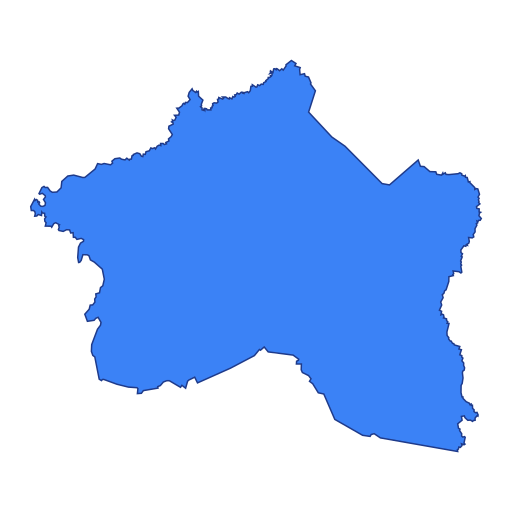 the district of Chiang Yuen, Maha Sarakham, Thailand
{"feature_id": "78962969B29991085586419", "entity_name": "Chiang Yuen", "entity_type": "district", "adm_level": 2, "iso_a3": "THA", "parent_name": "Thailand", "parent_adm1": "Maha Sarakham", "projection": "orthographic", "projection_center": [103.106, 16.417], "detail": "fine", "context": "isolated", "style": "filled", "palette": "blue", "viewbox_px": 512, "rotation_deg": 0, "n_neighbors": 0, "source": "geoboundaries", "source_scale": "gbopen_adm2", "svg_char_len": 5948}
<svg xmlns="http://www.w3.org/2000/svg" viewBox="0 0 512 512"><path d="M459.9,172.8L458.1,173.7L448.9,174.6L446.0,174.4L445.3,172.8L443.1,174.1L442.8,173.0L441.6,175.1L436.7,174.3L435.8,171.8L429.9,171.6L424.1,166.6L420.4,166.3L418.2,160.0L389.5,184.9L382.1,183.6L345.0,146.2L331.8,137.0L308.6,112.1L315.4,90.8L310.5,84.0L311.0,82.9L308.5,77.0L305.2,76.2L304.5,73.7L300.1,74.7L299.6,69.3L300.2,67.6L294.7,65.8L296.0,63.5L291.4,60.5L286.0,64.7L286.0,66.1L283.2,70.1L281.8,68.8L279.6,70.7L277.2,68.8L276.4,68.6L276.1,69.7L274.7,68.7L273.7,68.9L272.9,72.5L270.5,70.9L270.3,71.9L271.1,72.4L270.2,73.3L272.0,72.8L272.0,75.0L271.5,75.9L270.5,75.6L270.8,76.6L269.9,77.3L268.2,77.5L268.4,78.5L265.8,80.6L266.0,81.5L263.7,82.7L263.2,84.4L261.2,84.1L259.7,85.6L257.7,84.8L256.9,86.9L256.0,87.2L252.3,84.7L252.2,86.3L250.9,86.4L250.3,90.7L248.7,92.7L247.5,91.7L244.1,92.7L244.0,93.5L242.6,93.1L242.7,92.3L241.3,92.2L239.1,94.1L237.2,93.0L236.3,94.6L234.7,94.9L235.2,96.5L233.9,97.1L232.8,96.5L231.9,98.9L229.5,97.7L229.3,98.9L228.1,98.6L225.7,97.0L222.6,97.0L223.7,98.0L222.7,99.1L218.8,97.5L218.7,99.0L217.5,99.4L218.1,101.9L216.7,103.1L214.1,102.8L212.6,103.7L213.0,105.6L212.1,106.2L212.0,107.8L210.7,108.0L210.9,109.9L207.2,109.9L206.6,108.8L205.0,108.4L204.8,110.4L203.9,109.1L203.4,110.3L202.0,109.8L202.1,108.0L200.5,106.7L201.6,105.8L201.3,104.3L202.9,100.1L198.6,96.2L198.3,91.4L197.1,92.0L196.5,91.2L195.7,92.5L192.8,90.5L192.1,88.8L189.2,92.4L188.1,96.2L190.1,99.6L187.4,102.6L185.5,102.4L184.8,104.1L183.8,103.3L182.8,104.0L182.0,105.8L178.9,108.1L176.8,108.2L179.5,112.2L178.7,115.1L174.5,115.3L176.1,117.3L174.9,120.0L173.3,120.6L172.4,120.0L172.6,121.3L171.6,121.9L173.1,122.9L173.2,124.1L168.9,126.2L168.6,128.8L172.3,134.5L171.2,136.6L168.5,138.9L168.9,141.0L165.8,142.5L166.5,143.8L164.3,144.5L163.2,143.5L160.6,143.5L160.8,145.6L159.1,145.1L157.2,146.2L155.5,149.0L154.7,147.8L152.2,148.6L150.9,147.9L149.3,150.8L146.0,151.7L145.3,154.4L143.3,154.1L142.8,156.6L141.4,156.2L139.8,153.7L137.0,152.9L133.3,154.5L133.2,155.4L132.0,155.8L131.4,159.1L129.8,159.2L129.3,160.1L126.8,158.2L125.0,159.9L121.5,159.2L119.8,158.0L114.9,158.7L111.9,161.2L112.6,163.1L110.6,164.8L104.1,163.5L101.4,164.4L97.6,163.6L95.1,169.0L84.9,177.4L82.8,177.5L73.7,175.1L67.8,176.0L61.8,181.4L61.1,187.8L56.9,192.0L52.4,192.3L50.2,191.0L47.6,187.4L45.1,187.5L44.0,186.4L41.9,187.6L39.0,193.6L39.7,194.2L42.3,193.3L45.2,195.6L45.4,197.0L43.5,199.4L45.5,202.8L45.0,205.4L42.9,206.4L40.7,206.2L38.7,203.9L39.6,202.8L39.0,201.7L37.8,202.1L37.6,200.3L36.3,199.5L35.1,200.5L34.6,199.2L30.7,206.6L31.3,210.5L33.5,210.5L34.8,211.6L35.3,213.7L34.7,216.2L36.8,216.0L38.2,214.5L41.5,215.5L41.8,212.0L42.5,213.0L44.6,213.3L44.7,216.1L46.0,216.9L44.6,218.9L44.9,221.4L46.1,222.7L45.3,226.1L51.0,226.2L51.7,227.2L53.8,223.6L55.7,222.7L59.5,224.8L58.7,225.6L59.2,227.2L58.4,229.6L59.0,230.5L63.2,231.4L66.6,229.7L69.6,229.9L70.7,233.0L73.1,232.7L73.4,237.3L75.3,237.3L76.9,239.4L81.2,238.4L83.6,239.6L83.5,241.3L80.5,243.1L78.5,247.1L77.7,257.5L78.6,262.5L79.7,262.3L81.2,260.4L82.9,254.7L87.3,254.8L89.0,255.8L90.4,259.9L94.3,262.1L102.3,269.2L104.3,279.2L102.8,285.8L100.5,287.6L99.5,292.8L95.8,293.9L96.1,296.9L94.7,299.0L94.9,302.1L92.7,304.9L90.2,305.1L89.2,309.2L84.8,314.2L87.4,321.3L94.1,320.3L95.8,318.3L98.1,317.3L101.0,322.4L100.5,325.2L97.5,329.2L91.7,344.6L91.4,351.4L92.8,355.4L94.8,356.9L99.2,379.2L101.5,380.6L102.4,379.5L103.7,379.4L116.8,384.2L128.4,387.1L137.0,387.7L137.9,388.6L137.4,393.6L141.4,393.3L143.4,390.6L158.0,388.1L157.7,386.6L160.3,385.6L163.4,382.0L166.8,380.7L169.3,380.7L180.5,387.3L181.9,385.3L185.6,388.2L187.6,381.2L188.9,380.0L194.7,377.2L197.5,382.9L230.4,368.2L254.4,355.6L259.4,349.5L260.5,350.2L264.2,347.0L268.2,351.9L293.1,355.1L298.7,359.2L298.4,360.3L296.6,361.2L296.4,364.0L301.4,364.0L301.2,369.8L302.4,372.5L308.6,375.6L311.0,378.8L309.5,381.3L312.7,383.7L318.3,392.8L323.8,394.0L334.8,419.4L362.6,435.3L370.1,436.4L371.2,434.5L374.2,433.7L380.4,437.9L457.7,451.5L457.4,449.7L458.4,449.1L458.9,447.0L460.3,447.4L462.0,445.6L461.5,443.8L464.0,444.8L465.0,444.1L464.0,443.1L465.2,437.3L464.5,436.6L462.8,437.1L461.6,436.0L461.7,433.7L459.6,430.6L460.0,429.1L458.5,428.3L457.7,423.8L462.1,420.2L461.4,416.4L464.3,415.9L465.0,417.7L467.8,420.3L470.4,420.1L472.6,421.4L473.4,420.5L475.1,420.3L475.1,418.0L477.0,415.8L477.9,416.2L478.1,414.9L477.0,412.4L475.5,412.7L474.0,411.6L474.1,409.8L472.6,408.4L472.4,405.2L471.2,405.4L471.1,404.0L469.9,404.6L469.4,403.2L466.2,401.7L463.1,398.5L462.9,396.9L462.0,396.9L461.0,392.6L461.1,385.4L462.2,383.4L463.0,378.0L462.4,372.8L462.7,371.2L464.2,370.1L464.6,367.8L463.6,365.4L463.7,363.0L461.9,360.8L462.9,358.1L461.8,357.2L461.8,355.6L459.8,354.8L461.4,349.7L458.9,349.0L459.8,346.5L454.3,344.9L453.8,343.6L452.5,343.4L451.2,341.1L450.3,341.1L448.6,339.0L448.8,337.7L447.1,335.5L446.9,332.0L449.0,323.5L447.1,323.3L447.8,321.8L446.6,320.6L446.5,318.8L443.5,317.9L444.0,317.1L443.5,314.8L442.4,314.2L440.9,314.8L441.6,311.3L439.4,310.2L441.7,305.0L440.7,302.0L443.1,297.7L442.3,294.7L443.9,293.3L444.6,290.8L446.1,289.8L448.8,281.5L448.9,276.7L453.3,275.6L452.8,274.6L453.7,273.7L453.1,271.0L459.0,271.7L460.9,273.0L461.8,272.2L460.8,266.2L461.6,265.1L460.7,263.9L461.3,262.0L460.6,261.0L462.2,256.9L461.2,256.3L462.5,253.8L461.0,252.6L460.9,249.9L463.9,245.8L465.8,246.3L466.2,244.9L467.4,245.3L467.0,244.2L468.7,243.3L469.3,241.5L468.6,237.5L472.2,237.9L473.8,236.9L473.2,234.5L475.1,231.9L475.0,228.7L476.9,225.1L476.3,223.7L477.6,222.9L477.1,221.3L477.9,221.8L478.5,220.4L480.2,220.3L481.3,218.5L478.9,215.7L479.5,213.1L480.6,212.3L479.1,211.9L479.2,208.9L476.8,208.4L476.5,206.6L479.9,203.9L478.6,202.5L479.0,201.6L478.4,199.7L479.1,198.3L478.0,197.1L479.5,194.3L477.8,188.9L476.2,188.6L474.8,189.4L474.8,187.6L469.9,182.7L469.9,181.6L468.4,182.0L467.2,177.5L465.5,177.3L465.3,175.6L464.7,176.1L461.9,175.2L461.7,173.7L459.9,172.8Z" fill="#3b82f6" stroke="#1e3a8a" stroke-width="1.5"/></svg>